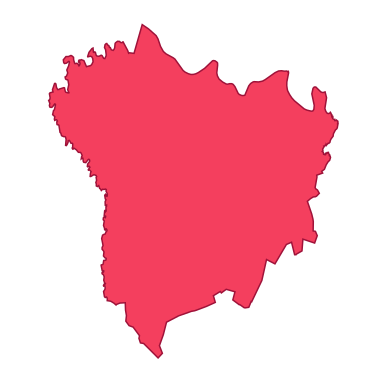 Liepas pag., Priekulu, Latvia (Robinson projection), rotated 91°
{"feature_id": "27541924B93252859491406", "entity_name": "Liepas pag.", "entity_type": "district", "adm_level": 2, "iso_a3": "LVA", "parent_name": "Latvia", "parent_adm1": "Priekulu", "projection": "robinson", "projection_center": [25.432, 57.391], "detail": "fine", "context": "isolated", "style": "filled", "palette": "rose", "viewbox_px": 384, "rotation_deg": 91, "n_neighbors": 0, "source": "geoboundaries", "source_scale": "gbopen_adm2", "svg_char_len": 5868}
<svg xmlns="http://www.w3.org/2000/svg" viewBox="0 0 384 384"><g transform="rotate(91 192 192)"><path d="M70.1,97.7L70.5,98.0L69.4,99.2L69.6,101.6L69.2,104.7L69.5,107.6L71.2,111.0L78.4,120.8L79.9,123.4L80.8,127.4L80.6,131.8L80.9,132.9L82.5,135.3L84.9,137.1L94.4,140.9L94.7,142.9L94.5,144.4L93.6,146.5L92.5,147.6L85.9,150.9L83.7,152.7L83.0,154.1L83.0,156.0L83.6,158.5L83.4,159.7L81.5,163.3L78.6,166.9L75.5,168.6L72.5,169.3L64.9,168.6L62.6,168.7L61.7,169.4L60.4,171.3L60.2,172.9L60.5,173.8L68.2,181.6L72.5,187.8L73.8,190.4L74.4,192.8L74.5,195.1L73.8,197.7L72.3,200.9L70.7,203.0L59.4,211.4L58.1,213.2L54.4,220.3L52.0,223.1L47.0,226.0L39.5,228.7L36.3,230.6L29.7,238.3L25.5,244.7L54.4,252.4L53.9,257.3L54.3,257.8L51.6,258.8L42.6,263.8L43.7,263.8L43.9,265.3L43.7,266.1L42.7,267.0L42.6,269.1L44.2,271.1L45.0,271.5L49.0,271.8L50.7,272.4L51.8,273.3L51.2,275.2L49.0,276.2L48.9,277.0L47.1,277.7L46.5,278.8L45.0,279.8L45.1,280.4L46.2,281.5L49.1,282.0L51.2,280.9L56.1,280.2L57.5,280.3L60.1,281.5L59.9,282.7L57.2,284.3L56.8,285.2L57.9,287.3L57.8,289.1L57.5,289.7L56.7,290.3L54.1,291.0L53.6,291.6L54.2,292.4L53.9,293.0L49.8,293.5L50.4,294.6L54.1,297.4L58.3,298.7L58.7,298.5L58.0,296.0L58.5,294.6L60.3,293.6L63.5,293.2L66.3,294.5L67.4,295.6L68.5,299.7L62.5,302.4L61.6,305.1L62.1,305.8L62.0,307.1L62.7,307.6L64.1,307.7L64.5,307.3L63.9,306.6L65.7,306.2L67.7,306.9L67.8,307.4L66.5,307.8L65.7,308.7L65.3,309.5L65.7,311.2L65.3,311.6L62.1,312.6L59.4,312.8L58.1,314.3L57.6,315.4L58.7,317.9L58.8,320.4L62.1,323.0L65.0,322.5L65.8,321.6L65.3,319.6L63.6,317.7L63.7,317.0L64.4,316.8L68.1,317.6L72.2,319.3L74.9,318.4L75.7,318.5L78.4,319.6L79.2,320.9L81.2,320.4L81.8,319.6L82.0,318.3L82.7,317.9L86.9,317.1L91.9,318.1L94.9,316.8L95.1,317.4L94.5,319.9L93.5,320.5L90.1,321.3L89.9,321.9L91.3,326.3L91.8,326.7L91.9,328.1L89.8,329.3L86.3,330.0L85.8,330.5L85.9,331.3L92.2,333.3L94.4,332.7L95.3,335.7L96.2,336.3L100.3,335.5L101.5,335.7L102.6,336.3L102.9,336.9L105.9,335.7L108.1,336.1L109.6,335.6L109.9,334.3L109.4,333.0L106.5,331.0L106.3,330.6L107.1,330.0L112.1,331.0L113.0,331.9L117.1,332.7L119.0,330.5L121.6,330.9L122.8,330.5L122.1,329.3L122.1,328.7L123.4,327.8L124.2,328.4L126.7,328.2L127.1,327.9L127.2,326.6L127.8,326.2L134.7,325.0L135.4,324.2L137.7,323.5L138.1,323.2L138.9,321.2L138.9,319.8L139.4,319.4L141.6,318.8L147.6,319.2L147.8,318.5L146.9,317.8L144.6,316.8L142.8,316.6L142.6,315.5L145.4,313.8L145.4,312.5L146.0,312.1L149.4,312.1L150.1,312.6L151.1,312.1L151.3,311.8L150.3,310.7L151.8,308.4L154.3,306.3L154.4,304.1L155.5,303.3L157.6,302.4L158.6,303.0L160.8,303.3L160.0,302.3L160.1,301.7L163.5,301.2L164.2,300.7L164.5,298.7L161.6,296.5L161.1,295.9L161.2,295.4L161.9,294.9L163.2,294.9L165.9,296.8L168.3,297.1L168.7,296.6L168.0,295.4L169.0,294.5L171.5,296.1L172.0,295.9L171.7,294.9L173.3,293.3L175.3,293.9L178.2,294.1L178.3,293.5L176.4,290.4L177.1,288.2L178.4,287.6L179.0,288.1L181.9,287.6L184.3,288.3L185.7,287.8L187.6,287.8L188.2,286.7L187.2,285.4L190.0,284.4L190.8,283.4L192.1,282.7L190.8,281.4L191.0,280.3L190.6,278.4L191.1,277.7L192.6,278.0L195.4,276.6L197.5,276.7L197.9,277.0L197.6,277.6L196.3,277.8L195.7,278.4L196.8,279.2L200.4,278.6L201.2,277.9L203.3,278.7L206.9,278.5L207.2,278.2L206.6,277.2L207.8,277.2L209.1,277.8L212.4,277.5L213.3,278.2L212.1,278.8L212.3,279.0L217.4,279.4L217.6,278.0L218.2,277.9L219.1,278.2L218.5,279.2L219.4,280.2L221.3,280.3L222.4,279.2L227.0,279.9L229.6,278.9L231.2,278.7L231.6,278.1L230.4,277.5L230.4,277.0L231.6,276.3L232.9,276.7L233.0,277.1L235.5,278.1L236.1,279.8L236.8,280.7L240.1,281.5L247.1,280.0L249.0,280.9L250.8,280.9L252.4,279.5L253.5,279.0L257.5,279.4L259.4,277.8L259.8,276.7L260.5,276.6L261.7,277.1L262.0,279.1L265.5,279.6L266.1,280.0L266.5,281.5L266.9,281.6L272.3,280.4L272.6,279.9L272.2,279.3L272.5,278.8L273.6,279.1L274.1,280.5L275.2,280.5L275.7,280.1L275.8,279.4L278.3,278.3L281.8,278.7L284.4,277.8L285.0,277.0L285.8,277.5L285.7,278.2L286.9,278.9L287.6,278.7L287.3,277.6L289.4,277.1L291.0,277.4L293.0,278.7L298.2,277.7L299.0,276.9L298.5,275.8L298.8,275.3L300.5,274.8L302.1,274.9L302.6,271.4L304.5,268.1L306.3,266.0L305.8,265.7L304.3,262.1L303.9,256.8L311.3,256.4L316.7,255.4L322.3,255.9L326.7,252.6L328.1,248.5L336.6,242.0L339.3,242.5L343.8,240.9L344.3,237.7L358.5,223.0L353.8,218.8L346.2,221.9L335.2,218.2L322.6,215.2L316.0,203.1L311.3,190.4L310.7,187.3L310.1,185.6L306.1,175.5L302.0,166.8L295.3,168.8L291.0,162.0L292.4,160.9L288.7,156.1L291.0,147.3L299.2,149.3L303.9,142.8L303.7,142.3L306.8,137.8L306.9,136.6L306.3,133.2L300.4,130.9L300.7,130.4L279.2,120.6L258.2,116.3L262.4,107.8L242.8,96.7L240.5,91.6L252.9,88.3L252.9,86.9L252.4,86.7L249.0,81.0L237.2,80.3L240.9,68.5L233.5,66.0L229.2,67.9L228.8,70.2L219.5,70.2L217.0,70.6L212.0,71.9L199.3,76.5L196.4,73.2L194.8,70.6L194.6,68.6L194.0,67.4L191.1,64.7L187.8,66.6L186.8,68.2L185.5,69.0L174.8,67.3L173.0,67.6L170.8,61.7L169.1,62.7L167.0,60.0L162.5,58.3L159.5,56.5L157.9,54.9L155.1,54.1L153.7,54.5L153.3,55.3L152.6,54.9L151.3,56.0L150.0,56.3L150.2,57.6L150.8,57.6L151.0,58.1L150.9,58.5L150.2,58.7L151.4,58.9L151.1,59.2L151.7,59.7L152.4,59.7L152.0,61.1L149.9,61.4L149.3,62.5L148.2,61.8L146.8,62.1L144.2,60.6L143.8,60.9L143.5,59.9L143.0,59.6L143.2,59.1L142.6,59.2L142.5,58.6L142.1,58.6L142.6,58.2L140.8,56.7L141.0,56.1L140.0,55.0L138.1,54.6L136.4,53.8L133.8,51.9L131.3,51.6L127.3,49.6L126.6,48.6L125.4,47.9L121.7,47.3L121.4,47.7L120.6,47.1L119.1,47.7L118.7,47.4L117.5,48.9L118.1,49.5L117.7,50.1L117.9,50.5L116.9,50.6L117.1,51.1L116.2,52.6L114.7,53.0L114.6,52.4L113.9,52.6L113.9,53.1L113.2,53.3L113.7,53.6L110.8,54.4L109.9,55.1L110.8,55.6L111.2,57.1L110.9,58.2L109.1,59.6L106.2,60.6L95.4,59.1L89.6,60.7L90.2,62.4L90.2,63.6L89.6,65.0L84.9,70.0L84.9,71.6L86.2,72.8L91.8,73.9L103.3,71.3L107.3,71.6L108.8,72.6L109.1,73.7L109.0,74.6L108.1,78.6L107.0,81.2L99.0,91.2L96.1,93.9L92.9,96.1L89.2,98.1L87.8,98.5L84.1,99.1L80.3,99.1L71.2,97.5L70.1,97.7Z" fill="#f43f5e" stroke="#9f1239" stroke-width="1.5"/></g></svg>